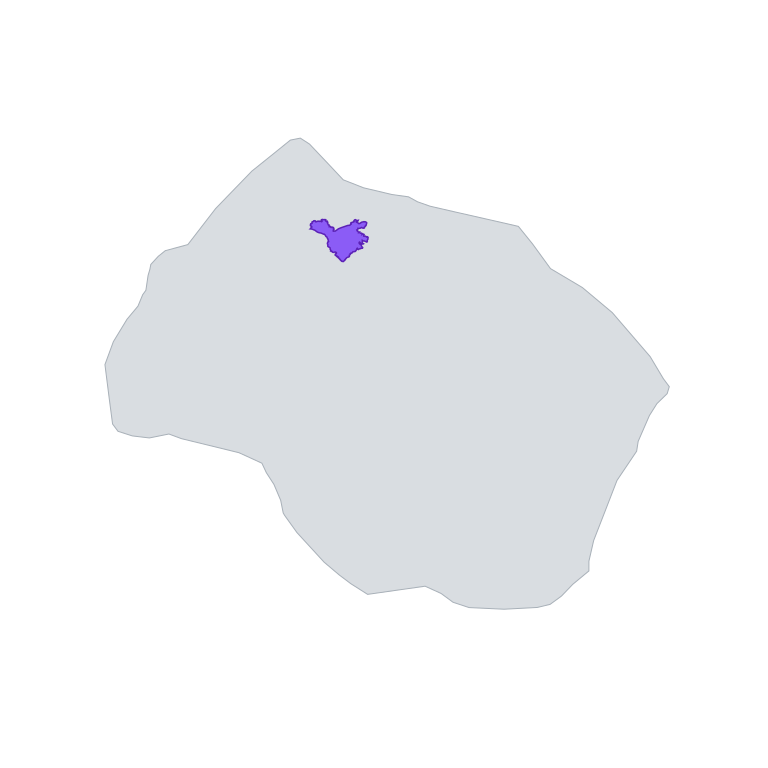 location of Makhoarane, Maseru, Lesotho, rotated 72°
{"feature_id": "5366337B32255205566264", "entity_name": "Makhoarane", "entity_type": "district", "adm_level": 2, "iso_a3": "LSO", "parent_name": "Lesotho", "parent_adm1": "Maseru", "projection": "robinson", "projection_center": [27.527, -29.591], "detail": "fine", "context": "in_parent", "style": "filled", "palette": "violet", "viewbox_px": 768, "rotation_deg": 72, "n_neighbors": 0, "source": "geoboundaries", "source_scale": "gbopen_adm2", "svg_char_len": 6856}
<svg xmlns="http://www.w3.org/2000/svg" viewBox="0 0 768 768"><g transform="rotate(72 384 384)"><path d="M498.4,512.7L478.3,519.1L475.5,519.7L462.7,518.2L445.5,519.7L432.0,523.3L421.6,524.6L404.5,543.2L373.4,593.5L365.1,604.0L362.8,623.8L355.6,639.4L346.8,651.6L338.2,654.5L312.3,649.7L279.3,643.4L260.1,628.3L243.0,608.4L233.9,593.9L224.5,585.9L221.3,581.5L207.8,574.8L202.7,571.3L198.2,568.8L192.8,559.2L189.6,550.8L190.8,527.5L181.3,513.6L165.1,489.9L154.8,470.5L140.7,443.9L132.1,421.2L123.1,397.7L124.3,387.6L132.8,380.7L157.8,368.8L177.2,359.7L191.1,342.8L206.3,317.8L213.6,302.8L221.0,295.9L229.1,285.3L243.2,261.8L258.8,235.6L275.6,207.5L296.8,199.4L325.7,190.0L353.6,165.5L386.7,144.8L440.2,122.4L465.2,116.7L474.7,113.5L480.7,117.7L487.0,130.5L496.0,141.3L517.1,160.0L526.0,164.5L547.7,192.2L570.9,211.1L597.7,233.0L615.9,243.9L625.1,246.9L632.8,266.3L640.5,280.7L644.9,294.1L643.9,307.2L635.3,339.4L622.9,372.2L612.9,385.8L600.9,394.4L589.0,407.4L584.4,433.7L579.0,464.6L563.5,477.4L551.6,485.7L535.0,496.0L498.4,512.7Z" fill="#d9dde1" stroke="#a8b0b8" stroke-width="1"/><path d="M213.7,406.2L213.9,405.8L214.1,405.2L214.4,404.8L214.8,404.1L215.5,403.4L216.3,402.3L218.5,400.8L219.3,400.0L220.0,399.1L221.1,397.1L222.9,395.1L223.1,394.5L223.9,394.1L224.5,393.8L225.0,393.8L225.7,393.6L226.1,393.4L226.5,392.9L228.1,392.8L228.6,392.5L229.1,392.6L229.3,392.7L229.8,392.5L230.7,392.8L231.3,392.6L231.5,392.8L231.4,393.2L231.7,393.3L231.9,393.8L232.7,394.4L233.4,394.5L233.6,394.3L234.1,394.3L235.5,394.9L236.1,394.7L236.4,394.3L236.6,394.3L237.1,393.7L237.4,393.5L237.7,393.3L238.2,393.2L238.8,393.5L239.3,393.6L239.7,393.4L239.9,393.4L240.4,393.3L240.7,393.5L240.9,393.3L241.1,393.6L241.4,393.3L241.6,393.2L241.9,392.4L242.6,392.3L242.9,392.1L243.0,391.9L243.2,391.4L243.3,391.2L243.3,390.1L243.5,389.5L243.9,389.3L243.8,389.1L244.3,388.7L244.8,388.7L245.1,389.0L245.3,389.1L245.2,389.3L245.3,389.6L245.3,389.9L245.5,390.3L245.9,390.4L246.1,390.5L246.4,390.6L246.7,390.2L247.3,390.0L247.5,389.6L247.8,389.6L247.9,389.0L248.1,388.9L248.4,389.0L248.7,388.8L248.9,388.9L248.9,388.7L249.6,388.3L249.5,388.1L249.9,388.1L250.2,388.3L250.5,388.0L251.1,387.7L251.5,387.7L251.9,387.2L252.7,387.2L253.6,386.4L254.0,386.5L254.4,386.1L254.6,385.8L254.6,385.3L254.9,385.0L255.0,384.7L254.6,384.1L254.3,383.2L254.1,382.9L253.9,383.0L253.6,382.6L253.6,382.2L253.4,382.1L253.3,381.9L253.0,381.6L252.9,381.2L252.6,380.9L252.4,380.5L252.2,379.3L252.3,378.6L252.2,377.8L252.0,377.5L251.6,377.5L251.4,377.3L251.1,377.3L250.8,377.2L250.8,376.9L250.7,376.7L250.5,376.3L250.4,376.1L250.0,375.8L249.9,375.6L249.6,375.7L249.6,375.2L249.4,375.1L249.6,374.7L249.4,374.4L249.5,374.0L249.4,373.9L249.3,373.6L249.2,373.5L249.1,373.4L248.9,373.0L248.8,372.8L248.8,372.6L248.6,372.5L249.0,371.0L248.8,370.5L249.0,370.4L248.9,370.0L248.6,369.7L248.4,369.3L247.9,368.9L247.6,368.3L247.6,368.0L247.2,368.1L247.1,367.9L246.7,367.8L246.6,367.5L247.5,367.3L248.2,366.9L248.2,366.5L247.9,366.1L247.9,365.9L247.9,365.4L248.0,365.1L247.9,364.9L248.0,364.6L247.8,364.3L247.9,363.7L248.1,363.4L248.1,362.9L248.2,362.6L247.9,362.2L247.7,362.1L247.3,362.2L246.6,362.6L245.9,362.8L245.5,362.8L244.9,362.6L244.5,362.9L244.4,362.9L244.3,363.1L243.9,363.3L243.8,363.6L243.1,363.9L242.7,364.1L242.2,364.1L241.9,364.0L241.8,363.8L241.6,363.7L241.4,363.5L241.5,363.3L242.1,363.1L242.9,362.6L243.3,362.3L243.7,362.0L244.0,361.5L244.4,360.8L244.3,360.2L243.9,360.5L243.6,360.8L242.4,360.9L242.1,360.7L241.3,360.5L241.3,360.2L241.0,360.3L240.7,360.2L241.3,359.8L241.3,359.6L241.6,359.4L242.0,358.4L242.7,357.6L242.9,357.4L243.1,357.2L243.1,356.9L243.7,356.5L243.5,355.9L242.1,355.5L241.8,355.2L241.5,354.7L241.3,354.7L241.1,354.5L240.5,354.3L240.1,353.9L239.5,353.9L238.9,354.1L238.9,354.5L238.7,354.7L238.8,354.9L238.9,355.0L238.7,355.3L238.2,355.5L237.6,356.2L237.4,356.3L237.3,357.1L237.4,357.3L237.2,357.5L237.0,357.4L236.7,357.6L235.9,357.1L235.6,356.8L235.4,357.1L235.2,357.2L235.2,357.5L234.9,357.6L234.7,357.9L234.6,358.2L234.7,358.5L234.4,358.3L234.1,358.3L233.9,358.5L233.5,358.9L233.5,359.2L233.4,359.7L232.6,360.3L232.2,360.4L232.2,360.6L231.9,360.2L231.8,360.4L231.9,360.8L232.0,360.8L232.0,361.0L231.7,361.0L231.3,361.5L231.2,361.7L230.5,361.7L230.3,362.1L230.1,362.2L229.8,362.3L229.5,362.2L229.3,362.2L229.5,361.9L229.2,361.4L227.9,360.7L228.2,360.2L228.5,358.5L228.4,358.0L228.2,357.4L228.2,357.1L228.3,356.8L228.8,356.6L229.4,355.6L229.6,354.8L229.5,354.5L228.9,354.5L228.8,354.4L228.7,353.7L228.4,353.2L228.2,353.0L228.1,352.7L227.7,352.7L227.6,352.4L227.6,352.1L227.5,351.9L227.1,351.6L226.9,351.6L226.5,351.4L226.1,351.0L225.7,350.8L225.3,350.6L224.8,350.8L223.9,351.7L223.7,352.1L223.7,352.7L223.4,353.0L223.4,353.4L223.2,354.9L223.2,355.3L223.3,355.4L223.3,355.8L223.5,356.1L223.5,356.3L223.5,356.6L223.7,356.8L223.8,357.2L223.8,357.5L223.7,357.8L223.8,358.0L223.7,358.4L222.9,358.9L222.8,359.0L222.6,359.0L222.2,359.4L221.9,359.9L221.4,360.3L221.1,360.3L221.2,359.3L220.9,358.4L220.4,358.0L220.4,358.4L220.2,359.1L219.9,359.4L219.9,359.7L219.5,359.9L219.4,360.1L218.9,360.3L218.8,361.0L219.2,361.9L219.4,361.9L219.6,361.9L219.9,362.0L220.0,362.1L219.8,362.3L219.9,362.5L220.1,362.7L220.5,362.7L220.5,362.9L220.2,363.0L220.4,363.3L220.4,363.7L220.5,364.8L220.3,365.2L220.5,365.7L220.7,365.9L221.0,365.7L221.1,365.9L221.8,365.9L222.0,366.8L222.5,367.5L222.4,368.1L222.1,368.9L222.0,369.7L222.1,376.3L222.3,379.3L223.5,383.0L223.0,385.0L222.6,385.0L222.4,384.7L222.1,384.6L222.0,384.4L221.7,384.4L221.5,384.0L221.3,384.2L221.1,384.1L220.9,384.1L220.8,383.7L220.6,383.6L220.0,383.8L219.6,383.7L219.4,383.9L219.4,384.3L219.3,384.5L218.9,384.6L218.8,384.9L218.7,385.0L218.6,385.5L218.8,385.9L218.5,386.2L218.3,386.2L217.9,386.2L217.8,386.5L217.6,386.7L217.6,387.2L217.5,387.5L217.1,387.3L216.9,386.9L216.3,387.3L215.9,387.2L215.8,387.4L215.7,387.3L215.6,387.5L215.3,387.7L215.1,387.8L214.7,387.8L214.4,387.9L213.9,387.9L213.6,388.0L213.4,387.9L213.2,387.6L212.6,387.7L212.6,387.9L212.5,388.0L212.3,387.8L212.2,387.6L211.5,387.8L211.6,388.1L211.3,388.5L211.2,388.9L210.7,389.1L210.6,388.9L209.7,388.6L209.6,388.8L209.5,389.2L209.3,389.5L209.2,390.0L208.9,390.9L208.8,391.3L208.5,391.6L208.4,391.8L208.4,392.5L208.7,392.4L208.9,392.5L209.1,392.9L209.3,392.9L209.8,392.6L210.1,392.6L210.3,392.8L210.4,393.2L210.3,393.4L209.9,393.7L209.4,394.3L209.5,394.9L209.2,395.1L209.1,395.8L208.7,396.3L208.8,396.7L208.6,397.3L208.8,398.0L208.6,398.8L207.7,398.9L207.3,399.3L207.3,399.6L207.5,399.6L207.3,400.1L207.1,400.5L207.3,400.7L207.6,401.0L207.5,402.1L207.6,402.3L207.9,402.5L208.9,402.7L209.0,402.9L208.9,403.5L208.9,404.1L209.4,404.6L210.0,404.5L210.4,405.0L210.7,405.0L210.9,404.6L211.2,404.5L211.4,404.6L211.6,404.6L211.7,404.4L212.0,404.4L212.1,404.1L212.4,404.1L212.5,404.5L212.7,405.0L213.0,405.3L213.5,405.7L213.7,406.2Z" fill="#8b5cf6" stroke="#5b21b6" stroke-width="1.5"/></g></svg>